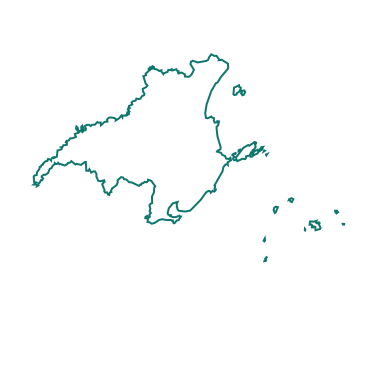 La-Ngu, Satun, Thailand, rotated 228°
{"feature_id": "78962969B4904051654531", "entity_name": "La-Ngu", "entity_type": "district", "adm_level": 2, "iso_a3": "THA", "parent_name": "Thailand", "parent_adm1": "Satun", "projection": "robinson", "projection_center": [99.786, 6.925], "detail": "fine", "context": "isolated", "style": "outline", "palette": "teal", "viewbox_px": 384, "rotation_deg": 228, "n_neighbors": 0, "source": "geoboundaries", "source_scale": "gbopen_adm2", "svg_char_len": 6109}
<svg xmlns="http://www.w3.org/2000/svg" viewBox="0 0 384 384"><g transform="rotate(228 192 192)"><path d="M298.1,202.7L296.8,201.2L296.0,201.7L296.0,200.5L296.8,200.6L296.2,199.4L293.9,199.4L294.4,197.6L292.9,198.0L292.3,197.4L293.8,196.7L293.6,195.8L293.1,196.6L292.4,196.1L292.7,194.2L295.3,191.6L294.1,190.2L296.1,190.5L295.5,187.5L296.2,183.2L297.0,184.2L298.9,183.9L302.3,181.0L302.9,179.2L302.7,177.3L300.9,176.3L302.6,174.0L302.5,169.0L304.8,170.6L306.1,168.8L307.3,168.5L307.0,164.8L308.9,162.7L308.8,160.8L310.9,160.4L312.4,158.5L312.6,156.5L309.9,155.4L309.1,154.2L310.2,152.6L309.8,150.7L310.4,150.6L311.5,153.7L314.7,154.9L314.5,153.2L311.8,151.1L312.4,149.3L313.9,148.8L316.5,150.1L318.0,149.9L316.7,148.2L311.9,147.8L313.5,143.7L310.6,142.6L311.8,139.3L313.4,137.2L312.8,134.8L314.0,132.8L313.3,131.5L312.2,132.0L310.8,130.4L312.8,127.7L312.1,125.8L312.8,124.7L311.8,124.9L311.1,123.6L312.8,119.8L308.7,115.2L309.6,112.3L310.2,112.8L310.9,111.5L310.6,109.4L309.7,108.3L311.0,108.4L312.9,107.1L311.8,105.2L312.9,103.6L312.8,100.2L312.1,99.4L312.6,98.1L311.9,96.7L312.6,95.7L311.2,93.9L310.5,90.4L308.5,87.9L309.7,86.0L309.4,84.7L305.1,81.4L303.4,82.5L303.5,79.4L301.9,81.1L300.6,81.3L300.1,80.6L299.7,82.5L301.2,83.5L300.8,84.9L301.9,87.7L301.1,88.5L301.7,90.4L303.8,90.3L304.3,91.0L304.0,93.5L302.9,94.5L302.4,97.7L304.4,101.8L303.8,103.5L304.8,106.1L304.5,108.5L305.3,109.4L303.6,109.7L303.1,110.9L303.4,112.0L301.1,112.1L301.0,112.9L297.0,115.0L296.2,117.7L296.6,119.0L295.6,120.8L295.7,123.0L290.5,123.7L290.3,124.9L286.3,127.8L286.0,132.3L285.4,133.2L278.5,127.7L277.1,129.2L277.6,131.0L273.9,130.0L273.3,132.5L272.2,133.7L269.4,133.1L267.5,131.3L263.0,129.8L261.3,131.2L259.5,134.6L258.2,134.0L258.7,132.9L258.0,132.5L257.9,130.5L252.0,128.3L251.3,127.3L249.9,127.0L248.4,128.7L246.4,127.9L245.2,128.5L246.6,130.6L246.0,132.2L247.0,132.5L248.1,134.8L247.6,140.6L248.9,143.3L250.5,144.5L250.5,149.2L248.9,150.5L247.0,150.1L245.2,151.6L241.3,151.8L239.3,153.7L232.0,156.7L232.1,158.6L231.5,159.1L232.0,160.6L231.2,161.7L231.2,163.7L229.7,164.6L229.5,166.5L230.5,167.6L227.5,169.2L220.8,168.5L220.5,166.8L217.1,163.3L215.4,159.2L210.4,155.0L211.0,153.3L210.6,151.4L207.7,150.1L205.9,147.5L203.9,147.4L203.7,145.2L201.7,143.9L201.9,142.9L204.2,142.8L204.6,140.8L203.9,139.8L201.7,141.4L199.4,138.9L197.9,140.2L195.3,140.9L194.0,143.6L193.3,148.7L191.6,151.8L188.1,154.4L185.4,157.5L183.8,157.9L183.7,158.6L181.2,157.5L180.5,158.1L181.0,161.5L180.1,163.3L181.2,167.3L182.1,166.4L182.9,166.7L184.2,163.1L185.9,161.2L188.5,159.8L188.9,160.8L190.9,159.2L192.4,159.5L195.4,163.8L196.4,170.1L194.2,174.6L193.4,172.7L191.2,170.9L188.5,169.6L186.8,169.7L182.0,173.9L179.4,178.2L180.3,192.8L182.3,202.4L181.7,205.2L179.8,206.0L178.9,205.6L179.1,208.1L177.5,208.7L177.4,210.6L177.9,211.2L178.2,210.5L179.1,210.7L180.8,213.1L181.8,213.0L186.9,228.4L189.5,232.0L190.0,235.2L189.2,236.6L188.2,236.7L190.2,238.3L189.5,242.2L191.7,243.4L191.8,241.6L194.0,239.7L196.7,240.7L199.4,239.3L201.7,239.8L205.3,237.6L205.6,238.6L204.7,241.5L205.8,243.1L216.4,248.2L222.5,252.6L224.0,253.9L224.1,256.1L226.4,259.3L227.7,258.2L227.0,257.2L228.4,255.3L230.4,255.9L232.2,257.7L233.9,256.7L235.1,256.9L236.3,253.0L237.7,251.9L241.8,254.6L247.4,261.6L254.0,273.7L256.9,282.6L256.3,284.2L258.1,290.4L259.5,300.7L260.1,302.0L263.4,304.6L270.3,302.6L272.0,300.1L272.5,300.9L276.9,301.3L278.1,299.7L281.4,298.4L280.6,294.5L279.4,292.6L279.8,290.4L284.4,283.0L289.0,280.4L289.5,278.5L288.1,276.4L281.5,275.2L279.8,270.9L279.5,267.7L280.0,266.4L282.6,264.0L284.2,265.4L288.0,264.0L289.0,261.3L290.0,261.3L290.7,262.8L292.1,262.1L293.7,262.5L295.5,258.6L296.9,259.2L297.2,257.5L298.6,256.0L297.6,254.3L299.1,250.6L298.7,249.6L302.2,249.9L302.9,250.7L303.8,248.7L306.8,247.8L308.5,246.4L310.4,247.3L311.9,246.9L312.1,245.7L311.0,246.2L310.0,245.6L310.6,244.1L311.6,244.0L311.1,243.1L312.3,243.2L311.6,242.2L312.2,242.0L310.9,240.9L311.0,236.9L309.6,236.1L310.6,233.4L303.8,230.2L300.9,230.0L300.6,228.2L301.6,224.5L299.8,222.9L296.8,222.4L296.0,221.2L296.7,218.9L295.9,216.2L296.8,214.4L298.6,213.2L297.7,211.2L299.0,208.7L298.9,206.9L297.0,206.2L298.1,202.7ZM189.3,244.7L187.7,244.4L186.7,245.4L186.7,247.0L184.6,246.3L182.9,251.8L180.9,253.5L181.1,255.0L182.3,256.2L180.8,258.7L180.8,260.2L181.9,262.0L181.7,263.8L182.5,265.0L182.0,266.4L183.0,269.6L185.7,270.9L185.2,272.0L185.8,272.7L187.3,272.0L188.0,265.6L189.3,265.2L190.5,259.9L188.3,248.4L188.8,247.4L190.4,246.7L189.8,246.5L189.3,244.7ZM87.0,259.0L85.5,257.4L84.7,258.2L84.9,259.5L83.6,260.3L81.0,258.2L78.8,262.4L79.4,263.6L82.9,264.6L83.5,266.1L84.6,266.0L84.8,264.2L85.6,263.7L86.4,263.8L87.2,265.3L88.5,262.6L91.1,260.1L89.0,257.5L87.9,259.0L87.0,259.0ZM239.9,298.4L241.4,293.0L236.9,288.2L235.8,288.3L234.6,290.3L235.4,291.4L234.9,294.5L236.1,297.3L236.9,298.1L238.2,297.4L239.9,298.4ZM180.6,260.3L179.0,259.1L177.9,260.8L178.2,262.0L176.8,266.4L177.4,268.3L176.6,272.4L177.0,273.4L177.8,273.3L178.0,274.9L178.9,273.6L178.3,271.6L178.6,270.5L177.7,269.6L178.9,268.5L179.6,268.7L180.6,265.5L179.7,263.1L179.8,262.3L180.7,262.3L180.6,260.3ZM123.3,245.7L125.1,244.3L125.2,242.3L124.0,240.6L121.0,239.5L120.8,240.4L123.3,245.7ZM232.4,295.5L232.4,294.5L230.2,294.2L229.6,295.5L230.7,298.4L232.6,298.8L233.5,296.8L234.7,296.5L234.2,295.6L232.4,295.5ZM121.7,259.5L121.3,258.7L121.0,259.6L119.2,258.8L117.7,259.5L118.9,262.5L120.8,261.8L121.7,259.5ZM81.3,285.1L79.4,285.1L79.2,287.0L81.1,287.3L82.3,285.9L81.3,285.1ZM108.8,215.1L107.9,212.6L106.9,212.7L107.0,213.8L108.8,215.1ZM192.6,248.5L192.5,246.0L191.8,247.5L192.1,248.7L192.6,248.5ZM66.5,283.7L67.4,283.0L67.5,282.6L66.7,282.4L66.0,283.2L66.5,283.7ZM92.6,201.1L92.4,199.8L92.2,199.5L91.5,200.6L92.6,201.1ZM191.5,255.7L191.8,254.5L191.2,253.9L190.9,255.0L191.5,255.7ZM169.9,273.3L170.3,272.1L169.5,271.8L169.9,273.3ZM192.0,251.2L191.9,249.1L191.3,249.8L192.0,251.2ZM89.0,251.2L88.2,250.3L87.8,250.3L88.2,251.1L89.0,251.2ZM93.5,202.1L92.8,202.2L93.5,202.9L93.5,202.1ZM93.4,203.8L94.1,204.3L93.6,203.4L93.4,203.8ZM173.9,273.7L174.5,273.5L174.1,272.6L173.9,273.7Z" fill="none" stroke="#0f766e" stroke-width="2"/></g></svg>